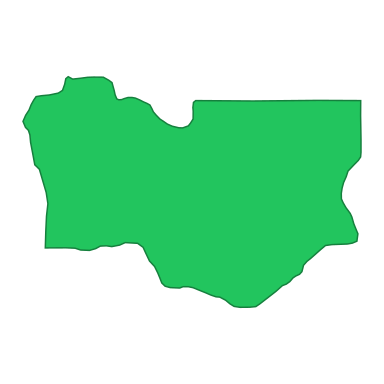 Noya, Estuaire, Gabon (Mercator projection)
{"feature_id": "22940354B97736756734811", "entity_name": "Noya", "entity_type": "district", "adm_level": 2, "iso_a3": "GAB", "parent_name": "Gabon", "parent_adm1": "Estuaire", "projection": "mercator", "projection_center": [9.982, 0.76], "detail": "fine", "context": "isolated", "style": "filled", "palette": "green", "viewbox_px": 384, "rotation_deg": 0, "n_neighbors": 0, "source": "geoboundaries", "source_scale": "gbopen_adm2", "svg_char_len": 1765}
<svg xmlns="http://www.w3.org/2000/svg" viewBox="0 0 384 384"><path d="M360.7,100.6L318.1,100.4L253.0,101.0L195.7,100.6L193.5,102.4L192.9,107.6L193.2,111.2L193.1,119.0L190.6,123.0L188.3,125.9L182.7,127.9L178.9,127.8L172.2,126.2L167.4,124.1L163.8,121.6L160.0,119.1L156.1,115.1L153.3,111.8L152.0,108.9L149.9,105.0L147.0,103.4L143.5,101.9L139.6,99.9L135.4,98.1L132.1,97.5L128.0,97.5L124.2,98.6L121.7,99.6L118.8,99.8L116.8,98.9L115.1,94.8L114.2,90.6L112.0,82.6L108.7,80.2L103.3,77.2L93.7,77.1L87.7,77.3L80.9,78.2L72.7,79.1L68.2,76.7L65.8,78.7L64.7,84.2L62.5,90.4L58.3,93.1L49.2,95.0L41.6,95.7L36.1,96.6L33.7,100.1L31.2,104.6L29.0,110.1L25.7,115.2L23.0,121.4L25.5,127.4L28.4,130.3L29.9,134.9L30.6,142.4L32.8,154.0L34.8,164.8L39.4,169.3L46.2,192.5L47.9,203.7L46.5,216.2L45.8,231.3L45.3,247.9L66.1,247.8L75.1,248.2L80.6,250.0L89.5,250.4L95.7,248.6L100.3,246.1L106.3,245.8L111.8,246.6L119.6,245.1L125.2,242.6L137.6,243.3L143.1,247.3L145.8,253.2L149.5,261.0L154.6,266.5L157.8,273.0L159.9,278.1L161.8,283.0L165.1,286.2L170.2,287.6L179.4,288.0L179.8,288.0L183.0,286.7L188.3,286.7L193.1,287.7L201.2,291.0L205.7,292.8L211.0,295.1L216.0,296.8L219.7,297.1L225.6,300.2L229.9,303.8L234.1,306.4L240.0,307.3L249.8,307.2L255.8,306.6L259.8,303.9L275.9,291.4L282.4,285.6L286.3,284.1L289.8,281.6L293.0,277.9L295.8,276.0L299.5,274.3L301.9,271.7L302.8,268.2L303.5,265.3L306.9,261.4L310.8,258.3L317.0,252.8L321.2,249.1L325.5,245.5L331.9,244.6L347.5,244.0L352.4,243.1L356.9,241.2L357.9,233.8L356.6,230.7L353.8,223.8L351.9,217.1L350.2,213.4L345.9,207.6L343.1,202.7L341.4,198.9L341.3,193.4L342.1,188.1L343.6,182.5L346.2,176.7L348.0,171.1L350.2,168.8L353.3,165.5L358.3,160.4L360.6,157.0L361.0,152.3L361.0,140.0L360.6,115.7L360.7,100.6Z" fill="#22c55e" stroke="#15803d" stroke-width="1.5"/></svg>